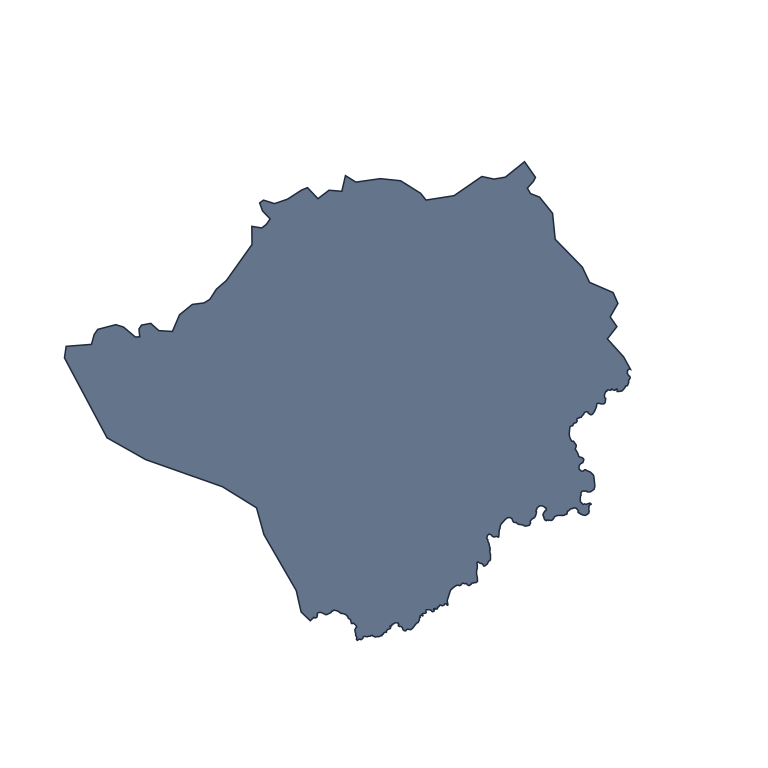 outline of Porvenir, Paysandú, Uruguay, rotated 321°
{"feature_id": "84410073B33376625249315", "entity_name": "Porvenir", "entity_type": "district", "adm_level": 2, "iso_a3": "URY", "parent_name": "Uruguay", "parent_adm1": "Paysandú", "projection": "natural_earth1", "projection_center": [-57.84, -32.438], "detail": "fine", "context": "isolated", "style": "filled", "palette": "slate", "viewbox_px": 768, "rotation_deg": 321, "n_neighbors": 0, "source": "geoboundaries", "source_scale": "gbopen_adm2", "svg_char_len": 6171}
<svg xmlns="http://www.w3.org/2000/svg" viewBox="0 0 768 768"><g transform="rotate(321 384 384)"><path d="M510.4,222.1L489.2,209.4L485.2,197.8L472.5,207.7L463.2,198.8L449.3,198.4L448.1,183.2L441.9,181.4L425.2,179.6L412.4,174.9L406.1,165.3L401.3,165.0L398.5,173.1L399.4,184.0L393.0,185.9L387.2,185.8L380.5,178.3L369.2,192.5L326.6,204.4L313.5,204.8L301.9,208.6L295.1,207.7L285.1,201.5L268.7,201.5L252.6,210.0L242.6,200.8L240.9,190.1L232.6,185.6L228.1,187.1L223.9,193.6L220.3,191.0L217.4,175.8L212.9,169.1L195.9,161.4L190.0,163.1L181.6,169.1L160.7,154.7L152.1,162.6L134.9,251.5L151.2,292.8L193.8,362.2L207.0,400.0L195.9,425.5L185.8,489.3L176.1,509.0L177.7,521.6L182.6,521.2L183.2,522.6L185.0,523.0L186.6,522.0L186.7,521.3L187.1,520.7L187.6,520.8L188.8,520.3L189.4,520.5L190.6,521.2L192.0,523.0L192.6,524.6L193.7,526.8L194.1,527.1L199.0,528.3L200.1,527.8L201.1,528.2L202.5,528.0L204.4,530.2L205.4,532.1L206.2,535.3L206.9,535.7L208.2,537.4L209.2,539.3L209.4,541.8L208.8,543.9L209.5,545.1L209.5,546.3L208.0,549.6L208.5,550.2L209.6,550.4L210.3,553.3L209.9,555.7L209.0,555.7L206.9,556.5L205.8,558.0L204.8,560.3L203.7,561.6L203.5,563.9L202.0,564.8L201.8,565.9L202.1,566.6L203.6,566.5L204.6,567.2L205.4,568.4L207.6,568.3L208.5,567.6L209.7,567.6L212.0,570.0L213.0,570.2L214.9,571.5L215.6,571.3L216.8,572.0L216.8,573.0L217.9,575.1L220.0,576.2L221.0,577.2L223.1,577.6L223.7,577.9L223.9,578.3L224.2,578.2L224.5,577.6L226.2,577.9L227.0,577.3L228.8,577.6L229.2,578.3L229.9,578.3L230.5,577.5L232.0,577.1L235.1,578.0L235.8,577.6L236.0,577.1L235.9,576.5L236.2,576.0L236.6,575.9L237.4,576.7L238.3,576.6L238.6,576.1L239.3,575.9L240.4,576.5L242.2,576.5L244.5,578.4L244.6,579.1L244.2,579.3L244.0,580.4L243.4,580.4L243.0,580.9L243.5,582.4L244.4,582.8L244.8,583.6L244.8,585.2L244.3,586.4L244.2,587.6L244.8,588.9L245.5,589.5L247.1,589.1L248.1,589.5L250.2,591.8L252.7,591.8L257.7,590.6L259.8,590.5L260.6,590.9L261.8,590.1L262.6,589.9L264.5,588.1L265.4,588.2L265.8,587.2L266.3,586.9L267.1,587.0L267.7,587.6L268.0,588.5L268.3,588.6L268.7,588.3L268.7,587.3L269.0,586.8L269.4,586.7L272.2,588.3L273.2,588.0L273.7,586.7L274.4,586.2L275.0,586.2L276.3,587.2L278.1,589.1L278.1,590.8L278.4,591.6L280.0,592.0L280.8,591.3L280.7,590.5L281.2,590.0L282.4,590.5L282.4,591.4L283.7,592.3L284.6,591.9L285.0,591.2L286.3,591.6L288.5,591.0L289.7,593.0L290.5,593.4L291.7,593.6L293.2,593.2L293.6,593.4L293.9,593.8L293.9,595.6L294.2,596.0L294.7,595.9L296.8,592.1L305.8,586.2L308.4,585.9L311.5,585.9L314.1,586.3L315.6,587.7L316.0,588.5L317.5,588.6L318.6,588.2L320.4,588.7L320.5,589.2L321.3,590.4L322.2,590.5L322.5,591.3L322.4,592.3L322.7,593.4L323.4,594.3L324.0,594.5L324.7,594.2L325.6,594.5L327.3,594.1L328.2,595.0L329.2,595.2L330.4,596.2L332.4,596.3L334.7,593.2L336.6,589.5L338.8,587.1L340.2,586.2L341.2,585.1L342.8,583.2L343.3,581.8L344.0,581.4L345.0,581.3L346.1,584.3L347.0,584.9L347.3,586.3L346.9,588.1L347.1,588.5L348.2,588.9L351.1,588.9L353.6,587.6L355.3,587.9L356.3,587.4L359.6,583.4L360.2,581.7L361.0,580.3L361.7,580.2L362.5,578.7L363.1,578.6L364.0,576.2L365.2,574.1L365.8,571.5L366.7,570.4L366.7,568.6L368.8,567.0L370.8,566.6L371.7,567.4L372.2,568.2L372.4,570.5L372.9,571.8L374.0,572.6L375.4,573.1L376.1,574.1L376.3,574.9L377.0,575.0L381.8,569.9L383.4,569.2L384.5,567.9L385.7,567.1L386.7,566.6L393.1,565.6L396.0,565.7L397.8,567.1L398.2,567.8L398.7,569.3L398.3,570.0L397.8,572.0L397.8,573.2L399.7,575.1L399.7,576.5L400.4,577.9L403.3,581.0L403.8,582.7L404.9,583.8L407.5,585.0L408.3,585.3L409.6,584.5L410.4,584.3L411.1,583.0L411.8,582.5L414.1,582.1L416.8,582.6L419.2,581.6L422.1,579.4L422.1,578.3L425.4,576.6L427.7,576.6L429.4,577.4L430.5,578.7L431.3,580.5L431.3,581.7L431.9,582.3L431.8,582.8L430.4,584.2L429.6,583.9L428.0,584.3L426.1,585.0L424.9,586.0L424.7,587.4L424.2,588.3L423.6,590.0L423.5,591.0L424.0,592.3L424.5,592.1L425.1,592.2L425.9,593.5L426.9,593.8L427.8,595.1L428.8,595.6L431.0,595.4L433.0,594.5L435.3,595.0L436.9,595.9L440.5,598.9L441.5,599.5L442.9,599.4L443.5,600.1L444.5,600.1L446.5,598.4L448.1,598.8L450.2,598.4L452.5,599.6L453.2,599.5L454.5,600.7L455.1,601.0L455.3,604.9L454.2,605.5L454.0,606.2L454.1,606.7L454.7,607.1L454.9,608.9L455.3,609.2L455.9,610.7L457.2,612.3L458.2,613.0L461.4,613.3L462.2,613.0L463.4,612.0L464.3,610.2L466.0,608.6L466.2,607.9L467.6,607.5L469.3,607.8L469.5,607.3L469.1,606.1L465.6,604.8L464.9,604.2L464.5,603.4L462.9,602.9L462.6,598.9L465.8,595.0L467.3,594.4L468.0,593.1L468.8,592.4L470.6,592.0L471.2,592.2L472.3,593.4L473.8,594.4L473.9,595.4L474.3,596.1L476.7,597.8L481.1,598.0L483.7,596.0L489.1,587.6L489.4,585.9L489.0,582.4L487.4,579.4L486.8,577.8L486.5,577.2L485.8,576.9L484.1,577.0L483.1,576.4L482.5,575.5L482.1,572.9L483.6,570.9L484.2,570.4L486.3,569.7L489.1,570.2L491.7,568.6L492.0,567.6L491.7,566.0L490.1,563.7L489.8,562.8L490.9,560.1L491.6,556.4L491.5,555.6L491.8,554.8L493.8,553.7L495.0,552.4L495.0,551.1L495.3,548.2L495.1,547.4L494.5,547.3L493.9,546.5L494.7,542.5L496.4,539.5L501.4,534.4L502.5,534.3L504.4,535.2L506.9,534.0L508.7,534.9L509.8,534.8L510.9,534.3L511.1,533.3L511.8,532.6L512.7,532.4L514.2,533.2L514.8,533.0L516.2,534.0L518.6,533.3L519.8,533.3L521.6,532.4L522.6,532.5L523.7,532.8L524.5,533.5L524.9,534.3L524.4,534.9L524.6,536.0L525.2,537.9L526.2,538.6L527.5,538.6L530.3,537.8L534.6,535.5L536.9,533.4L537.8,533.4L539.3,534.7L539.7,535.5L540.5,536.4L542.2,537.7L543.3,537.9L544.4,537.4L547.2,534.8L546.9,533.9L547.2,533.0L548.0,531.7L549.1,530.8L551.7,529.4L552.5,529.9L553.3,529.3L554.1,529.2L556.0,531.4L556.9,531.6L557.8,531.2L558.5,533.1L559.1,533.9L559.7,534.2L561.3,534.1L561.9,534.4L561.0,536.0L560.6,536.2L560.5,536.6L562.5,538.1L563.2,538.2L563.9,538.9L564.8,539.2L568.6,538.6L570.2,537.8L571.0,537.8L571.5,538.4L572.3,538.4L575.2,536.8L576.2,535.3L578.9,534.4L579.6,533.6L579.8,532.5L579.4,531.5L579.9,528.7L581.1,527.6L581.3,527.0L581.9,526.6L582.8,526.8L583.8,526.6L584.4,527.0L584.8,527.7L587.3,513.8L586.0,489.5L601.1,486.0L602.0,474.2L616.5,468.6L619.6,457.1L607.7,434.4L611.7,418.0L608.1,379.3L622.4,357.5L622.5,336.7L617.7,328.2L618.7,322.0L627.7,320.6L631.8,318.7L633.1,299.7L608.5,299.6L598.5,294.0L590.6,284.3L556.9,281.7L532.4,267.5L532.5,258.9L524.8,236.5L510.4,222.1Z" fill="#64748b" stroke="#1e293b" stroke-width="1.5"/></g></svg>